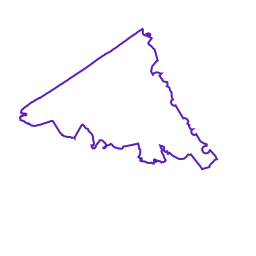 Ada East, Greater Accra, Ghana, rotated 140°
{"feature_id": "2480657B57636315193797", "entity_name": "Ada East", "entity_type": "district", "adm_level": 2, "iso_a3": "GHA", "parent_name": "Ghana", "parent_adm1": "Greater Accra", "projection": "natural_earth1", "projection_center": [0.584, 5.876], "detail": "fine", "context": "isolated", "style": "outline", "palette": "violet", "viewbox_px": 256, "rotation_deg": 140, "n_neighbors": 0, "source": "geoboundaries", "source_scale": "gbopen_adm2", "svg_char_len": 5720}
<svg xmlns="http://www.w3.org/2000/svg" viewBox="0 0 256 256"><g transform="rotate(140 128 128)"><path d="M205.3,203.1L203.6,200.7L203.4,200.3L203.1,199.3L203.2,198.6L203.0,198.3L202.8,197.5L202.6,197.0L202.0,196.3L202.0,195.8L201.8,195.3L201.7,195.4L201.7,195.6L201.8,195.9L201.8,196.0L201.6,195.9L201.2,195.3L201.0,195.2L201.0,194.4L200.7,193.7L200.5,192.4L200.0,191.7L198.5,189.8L196.4,188.6L195.4,188.2L194.8,188.0L194.3,187.7L193.5,187.1L182.4,182.7L181.4,182.1L181.1,181.4L181.1,180.9L181.3,180.2L183.1,167.9L182.9,166.8L182.9,166.0L182.7,165.7L182.8,165.4L183.1,165.4L183.2,165.2L182.8,164.7L182.7,164.7L182.7,165.0L182.5,164.5L182.6,164.3L182.5,164.0L182.3,163.0L181.3,161.6L180.7,161.0L180.1,159.9L178.1,158.5L177.8,158.1L177.6,156.8L175.9,155.6L175.4,154.9L175.4,154.6L175.1,155.0L162.0,159.9L160.5,159.8L160.3,157.8L160.5,156.4L160.5,154.9L160.0,154.3L159.7,153.5L159.4,153.2L159.5,152.1L160.2,151.1L159.7,148.2L159.6,147.2L159.7,146.5L160.1,144.7L160.7,143.4L161.5,142.5L162.3,141.3L163.3,139.2L163.9,138.1L164.2,137.7L165.0,137.5L165.2,137.4L165.3,136.9L165.6,136.8L165.8,136.8L166.3,137.0L166.6,137.6L166.7,137.9L167.0,138.2L167.9,136.8L167.9,136.5L168.1,136.1L167.9,134.8L167.5,134.7L166.9,134.0L165.9,134.0L164.7,134.4L163.7,135.1L163.3,135.3L161.7,135.7L160.9,135.8L160.4,136.0L159.3,136.0L157.9,136.7L157.4,136.7L157.0,136.5L155.8,135.1L155.5,134.2L155.4,133.7L155.5,132.2L155.2,130.9L155.3,130.2L155.6,129.4L156.2,128.8L156.5,128.6L158.1,128.3L158.4,128.3L159.4,128.8L159.8,128.5L159.7,128.0L159.1,127.6L158.1,127.5L155.6,128.2L154.6,127.9L154.3,127.6L153.8,127.2L152.5,126.9L152.2,127.0L151.5,127.1L151.0,125.9L150.9,125.5L151.1,124.4L150.8,122.1L150.7,121.7L150.1,121.1L149.8,120.8L148.8,119.0L148.5,118.3L148.0,117.9L147.7,117.9L147.2,117.3L147.1,116.9L146.9,116.6L145.6,116.0L145.2,116.0L143.7,116.8L136.9,113.0L130.2,109.5L131.2,107.5L131.7,106.6L132.1,106.2L132.6,105.3L132.7,104.5L132.6,104.1L132.5,103.8L134.1,101.6L134.8,100.9L135.7,100.5L136.1,99.9L136.6,99.6L137.3,99.3L138.7,99.1L138.3,97.0L138.2,96.9L137.9,96.7L137.9,96.4L137.4,96.3L137.1,96.2L137.4,95.4L137.8,95.0L138.4,94.9L138.8,95.0L139.2,95.4L139.4,95.4L139.6,95.0L139.5,94.6L139.0,94.1L138.5,93.4L137.3,92.2L136.3,91.0L136.4,90.8L136.0,89.9L135.5,88.9L134.9,88.1L134.0,87.4L133.7,87.3L133.4,87.0L132.6,86.6L132.1,85.9L132.0,85.7L132.1,85.3L132.0,85.1L131.2,84.2L129.9,84.8L129.7,84.7L129.4,85.0L129.4,85.3L129.5,85.7L129.2,86.1L128.5,86.8L128.4,86.7L128.1,86.3L127.8,86.3L127.6,86.5L127.2,85.7L127.3,85.4L127.6,85.6L128.1,84.9L128.3,84.4L128.2,84.3L128.1,84.2L128.0,84.4L127.8,84.5L127.4,84.2L127.1,84.3L127.0,84.6L126.9,84.6L126.4,84.2L126.2,83.6L125.8,82.9L125.5,82.8L124.8,81.9L124.6,80.1L123.4,79.7L122.8,79.2L122.3,79.1L121.7,78.7L121.2,78.6L120.8,78.8L120.4,79.3L119.9,79.2L119.1,82.7L118.4,83.9L118.0,86.5L117.4,88.6L117.1,88.8L116.1,89.1L115.7,89.7L115.5,92.0L114.9,92.9L114.6,93.8L113.5,92.0L112.9,91.1L112.6,90.2L114.5,88.0L115.1,87.1L114.7,86.1L114.6,85.5L114.5,85.2L114.3,85.1L113.8,85.0L113.3,85.2L113.1,85.2L113.0,84.6L113.6,83.2L114.0,82.9L114.2,82.6L113.7,82.3L112.5,82.6L112.2,82.5L112.1,82.3L112.1,81.6L111.8,79.3L110.8,76.1L110.2,75.0L109.3,72.5L108.5,71.2L108.0,70.7L107.5,70.2L105.0,68.7L104.3,68.5L102.9,68.5L102.4,68.4L99.2,69.0L98.9,68.9L97.6,67.4L96.8,67.3L97.0,62.1L97.3,51.0L97.7,48.9L95.1,47.7L94.2,47.4L92.3,46.4L90.8,45.8L90.1,46.3L89.5,46.8L88.2,47.1L85.1,47.3L83.4,47.5L82.6,47.8L79.9,47.0L79.8,47.9L79.1,50.0L79.2,53.8L79.3,55.7L79.3,57.2L79.5,57.8L79.3,58.2L79.6,58.5L80.6,57.8L81.7,57.5L83.1,57.7L84.8,58.6L85.8,60.2L85.8,61.8L85.4,63.5L84.1,64.7L82.7,65.1L80.5,64.6L79.6,64.2L79.2,63.8L78.2,64.9L79.8,67.5L80.1,67.8L80.1,68.6L80.3,69.3L80.7,69.9L80.9,70.6L81.0,72.3L80.5,74.7L80.3,75.7L79.7,79.5L81.4,79.7L82.5,81.1L82.7,82.8L82.0,84.4L81.1,85.3L79.4,85.4L80.5,86.1L80.7,87.9L80.1,90.2L79.1,90.8L79.8,93.1L78.5,93.5L77.4,94.5L77.1,96.2L77.4,97.7L78.3,99.3L79.5,99.8L77.3,113.5L77.0,114.8L78.2,115.2L78.9,116.4L79.3,118.3L78.6,120.0L77.3,121.0L75.7,121.3L75.2,121.0L74.4,124.1L71.9,127.0L71.5,129.7L70.4,132.3L70.6,133.4L71.4,135.1L70.3,135.4L69.8,135.9L68.4,137.8L69.0,138.5L70.8,140.7L71.0,142.1L70.4,143.1L70.7,144.7L70.6,145.5L70.2,147.0L70.3,147.8L67.4,148.2L67.9,148.6L69.1,150.9L70.0,151.9L70.8,152.6L71.9,152.8L73.2,153.3L73.5,153.3L73.9,153.1L74.2,153.1L74.4,152.7L74.7,152.7L74.0,156.4L70.0,159.6L63.2,160.9L62.0,160.6L57.3,170.5L57.1,171.1L57.6,173.2L57.4,175.5L58.4,178.7L57.8,180.1L57.3,180.3L52.2,181.5L52.7,182.7L52.7,183.9L53.2,184.5L54.1,185.3L54.1,186.3L52.8,186.4L52.8,186.9L51.5,186.0L51.5,185.4L51.2,185.0L50.9,185.2L50.7,185.9L51.3,187.3L51.7,187.4L52.5,187.8L53.4,188.3L53.6,188.0L55.4,187.8L55.8,188.2L56.1,190.1L55.1,192.0L53.4,193.5L53.3,194.7L55.7,194.8L56.8,195.1L59.5,195.3L61.7,195.3L64.9,195.8L69.6,196.2L74.4,196.4L77.0,196.8L77.8,196.6L80.8,197.1L85.1,197.2L89.8,197.9L91.0,197.7L94.0,198.2L95.0,198.6L95.8,198.6L97.7,199.2L99.3,199.1L100.0,199.2L100.8,199.6L104.5,199.7L105.2,200.0L108.2,200.2L116.9,200.7L119.1,201.0L121.2,201.0L123.0,201.3L124.4,201.4L134.3,202.6L137.5,202.9L139.5,203.3L143.1,203.4L145.7,203.8L147.0,204.1L150.1,204.2L151.6,204.6L160.0,205.5L162.5,205.9L164.5,206.0L168.8,206.8L171.2,206.9L172.3,207.2L174.1,207.4L175.5,207.4L176.7,208.1L177.9,208.1L180.7,208.9L183.5,209.0L185.0,209.6L190.9,209.9L193.4,210.2L195.6,210.2L196.1,210.0L196.7,210.1L198.0,210.1L200.1,208.5L199.9,208.3L199.6,207.5L198.3,205.8L197.9,205.5L197.5,205.3L197.3,205.1L197.0,203.9L197.4,203.4L198.0,203.3L198.4,203.4L198.8,204.2L199.5,204.8L199.8,205.4L200.0,205.4L200.2,205.2L200.6,205.4L200.8,205.0L201.1,204.9L201.3,205.0L201.9,205.6L202.0,205.4L202.4,205.5L203.8,205.7L204.2,205.3L204.5,204.0L205.3,203.1Z" fill="none" stroke="#5b21b6" stroke-width="2"/></g></svg>